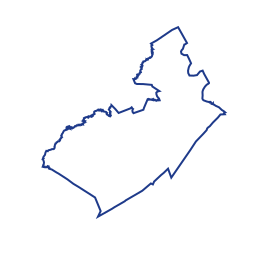 outline of Compostela Valley, Compostela Valley, Philippines, rotated 61°
{"feature_id": "2640588B76140513385915", "entity_name": "Compostela Valley", "entity_type": "district", "adm_level": 2, "iso_a3": "PHL", "parent_name": "Philippines", "parent_adm1": "Compostela Valley", "projection": "albers", "projection_center": [125.86, 7.537], "detail": "fine", "context": "isolated", "style": "outline", "palette": "blue", "viewbox_px": 256, "rotation_deg": 61, "n_neighbors": 0, "source": "geoboundaries", "source_scale": "gbopen_adm2", "svg_char_len": 5632}
<svg xmlns="http://www.w3.org/2000/svg" viewBox="0 0 256 256"><g transform="rotate(61 128 128)"><path d="M64.1,35.3L63.6,42.0L65.3,60.4L65.3,66.7L65.7,66.5L66.0,66.8L66.4,66.7L66.3,66.9L67.1,67.4L67.5,67.2L67.7,67.8L68.6,68.2L70.1,68.1L70.5,68.3L70.9,68.1L70.8,68.4L70.3,68.5L70.3,68.8L70.8,69.0L70.9,68.6L71.3,68.8L71.3,69.2L71.6,69.1L71.9,69.2L71.7,69.7L72.9,70.4L73.4,70.4L73.3,70.1L73.6,70.0L73.5,69.7L74.0,69.7L75.3,70.6L75.0,71.0L75.5,71.1L76.7,72.1L77.1,72.8L77.4,74.1L77.0,74.2L76.9,74.6L77.3,74.9L76.9,76.6L77.1,77.0L77.3,77.1L77.1,77.5L77.3,77.8L77.1,78.0L77.7,78.0L77.5,78.6L77.2,78.6L77.2,79.3L77.6,79.6L77.8,80.8L77.4,81.8L77.6,82.2L77.4,82.4L77.9,82.9L77.7,83.2L77.8,83.6L79.0,84.6L79.1,85.3L79.6,85.0L80.2,85.4L80.5,85.3L80.5,85.7L80.8,86.0L80.8,85.8L81.0,85.9L80.8,86.5L81.1,86.4L81.1,86.1L81.3,86.1L81.8,86.6L81.8,87.2L82.2,87.0L83.1,87.4L83.2,88.5L83.7,89.4L84.3,89.8L84.7,89.6L85.5,89.7L85.5,91.2L85.8,91.6L85.9,91.3L86.2,91.5L86.1,91.9L86.3,92.7L86.1,93.6L85.7,93.8L85.7,94.0L86.2,94.0L86.7,93.7L86.7,94.3L87.4,94.2L87.7,94.6L87.6,95.4L88.3,95.5L88.2,95.8L88.6,96.5L88.3,97.1L88.6,96.8L88.8,96.9L88.7,97.9L87.9,97.9L88.3,99.0L87.9,99.6L92.3,100.1L93.8,98.9L96.9,93.5L101.8,86.3L103.5,86.6L110.9,82.7L110.4,84.5L110.8,86.1L112.3,86.8L114.6,87.2L117.3,86.6L119.1,86.9L118.6,88.0L117.7,88.5L117.7,88.8L118.0,88.7L118.1,88.9L118.0,89.9L117.0,90.8L116.8,90.5L116.3,90.8L116.4,91.3L116.2,91.4L115.9,91.9L115.5,91.9L115.9,92.5L115.5,92.8L115.2,92.5L114.8,92.7L115.1,93.0L115.1,93.4L114.0,94.3L114.0,94.9L113.6,95.3L113.4,95.2L113.2,95.3L113.3,96.0L112.4,96.2L112.3,96.8L118.1,104.2L119.5,105.7L117.7,116.0L116.1,116.2L114.7,115.6L114.0,114.9L113.8,114.4L113.1,114.7L111.7,114.8L112.0,116.4L110.3,128.9L105.3,129.9L99.9,131.4L100.7,132.0L101.1,133.6L101.4,133.4L101.6,133.5L101.9,134.7L102.5,135.8L105.3,135.4L105.2,135.9L105.7,136.4L106.3,136.6L106.9,136.5L107.2,137.1L107.4,137.2L108.0,137.3L108.4,136.9L108.7,136.9L109.2,137.9L108.4,138.7L107.9,139.0L107.3,139.0L105.9,139.9L105.1,139.9L104.7,139.0L103.3,139.4L101.5,141.6L101.0,141.2L99.9,141.3L99.9,142.1L100.3,143.1L99.3,143.3L98.6,142.8L98.4,143.0L98.2,144.1L98.6,144.7L97.6,145.1L98.0,145.7L97.6,146.0L97.6,147.6L97.3,148.3L97.3,149.3L97.5,149.8L98.5,150.3L99.0,150.2L99.5,150.5L99.2,151.0L99.6,151.6L99.3,152.3L100.1,152.8L99.6,153.4L100.0,153.5L100.4,153.3L100.6,154.0L100.5,154.6L99.9,154.8L99.7,155.3L99.4,154.9L99.4,155.9L98.6,156.7L98.6,157.1L99.3,157.3L99.7,157.7L99.5,157.9L98.9,157.7L98.7,157.9L98.1,159.9L98.4,160.5L98.0,161.8L99.2,162.5L99.4,163.4L99.8,163.2L99.6,162.9L99.8,163.0L100.4,162.6L100.6,162.9L100.8,162.7L100.8,163.1L101.1,163.2L101.3,163.1L101.2,163.3L101.5,163.1L102.1,163.2L102.0,163.6L102.1,164.7L102.6,165.3L102.5,165.5L102.3,165.5L102.7,165.6L102.4,165.8L102.5,165.9L102.8,165.6L102.9,165.8L102.7,166.5L102.4,166.7L102.5,166.9L102.7,166.6L102.8,166.8L102.8,167.3L102.5,167.5L102.3,167.4L102.2,168.1L101.8,168.2L101.7,168.5L102.0,168.8L101.7,168.9L101.7,169.5L101.4,169.5L101.1,169.8L101.5,170.2L101.3,171.1L100.8,171.4L100.9,172.5L101.1,172.7L100.9,172.9L101.0,173.4L100.8,173.6L101.1,173.9L101.1,174.6L101.4,175.5L101.3,175.8L100.9,176.0L101.0,176.6L101.3,176.7L101.3,177.2L100.6,177.5L100.4,177.9L99.8,178.4L99.9,178.5L99.9,179.4L100.1,179.4L99.7,179.7L100.0,179.7L100.0,179.9L99.8,180.0L99.8,179.8L99.7,179.8L99.6,180.0L99.8,180.3L99.5,180.8L99.9,181.7L99.7,182.5L99.7,183.3L99.4,183.7L99.5,184.3L99.3,184.9L99.6,185.8L100.9,187.7L101.4,188.9L101.9,189.2L102.2,189.9L102.5,189.8L102.9,190.2L103.7,190.2L103.6,190.5L103.9,190.6L104.1,190.5L104.4,191.3L104.3,191.8L104.8,192.3L104.8,192.8L105.2,193.1L105.2,193.4L105.7,193.3L106.0,193.7L106.1,194.0L106.3,194.7L105.9,195.2L105.7,195.9L106.1,196.7L105.9,197.4L106.6,198.4L106.4,199.0L107.1,199.7L107.3,200.1L108.2,200.7L108.2,200.8L108.5,201.0L108.7,201.4L109.7,201.7L110.2,202.5L110.2,203.6L109.9,203.7L110.1,203.7L109.5,205.2L109.6,205.9L108.9,208.4L108.9,208.6L109.0,208.4L109.0,208.8L109.4,209.4L108.4,210.5L109.4,212.0L111.2,213.6L112.2,215.8L113.8,217.6L114.0,217.2L114.2,217.6L116.1,217.8L117.4,218.2L118.9,219.3L119.4,220.3L120.0,220.5L120.4,221.1L120.6,220.7L121.1,220.9L121.9,219.8L121.8,219.6L122.1,219.6L122.7,218.6L122.6,218.4L122.9,217.8L122.6,217.6L122.4,216.8L122.6,216.7L122.9,216.8L123.0,216.4L123.4,216.7L123.9,216.2L124.2,216.4L124.2,216.8L124.4,216.8L124.7,216.4L125.0,216.6L125.2,216.1L125.8,216.3L127.3,214.8L132.2,212.1L134.1,210.9L143.5,205.9L150.4,202.8L155.4,199.9L172.8,190.5L187.4,192.2L191.0,197.2L190.9,181.0L190.7,178.3L190.5,166.3L190.2,165.2L189.8,145.9L187.6,134.9L189.4,133.6L187.5,131.1L185.2,122.0L184.6,118.6L183.0,112.7L192.4,114.2L177.5,84.2L172.7,75.1L169.7,65.3L168.0,60.3L166.8,59.0L166.4,57.9L166.1,55.6L164.4,51.1L162.5,44.4L161.0,40.6L162.9,36.7L161.5,36.8L161.1,36.1L161.3,35.5L160.1,35.9L157.7,37.2L154.0,38.4L151.0,40.6L149.3,41.4L149.1,41.7L148.5,41.8L148.1,42.2L147.8,42.0L148.0,42.6L147.7,42.9L147.3,42.5L147.1,43.1L146.7,42.9L146.1,43.4L145.9,43.1L145.2,43.1L144.9,43.6L145.2,43.9L145.2,44.3L144.6,44.5L143.1,46.2L140.5,48.4L139.4,48.8L138.2,48.6L135.8,47.0L132.6,45.4L131.6,44.5L130.6,43.3L129.1,40.6L128.3,38.2L128.2,36.1L128.0,35.4L127.6,35.2L117.5,35.2L114.0,34.9L113.5,37.7L115.2,42.0L114.0,45.3L111.9,48.8L109.2,48.7L107.0,47.7L104.4,45.4L103.3,43.9L102.0,41.5L97.2,41.1L92.9,40.9L91.5,43.6L88.9,45.2L86.9,44.6L86.0,43.4L85.4,41.6L82.3,38.3L82.5,37.4L82.3,35.2L64.1,35.3ZM98.1,178.4L97.8,178.5L97.8,180.1L97.6,180.0L97.4,180.7L97.5,181.3L98.1,181.8L98.4,181.5L98.7,179.7L98.7,178.9L98.1,178.4ZM100.1,177.0L99.6,177.3L99.7,178.1L100.6,177.4L100.5,177.1L100.1,177.0Z" fill="none" stroke="#1e3a8a" stroke-width="2"/></g></svg>